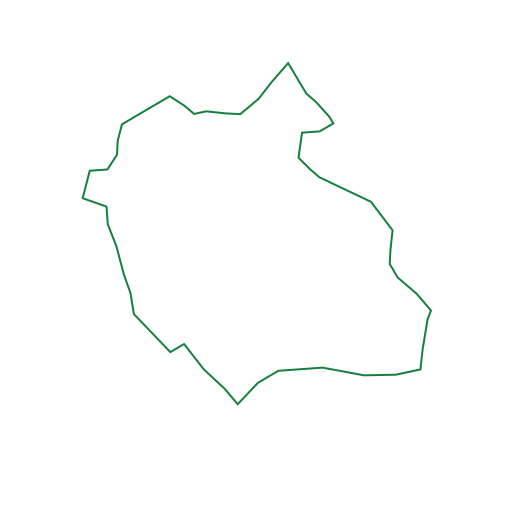 outline of Sinchon, Hwanghae-namdo, North Korea, rotated 59°
{"feature_id": "82179303B96637573116833", "entity_name": "Sinchon", "entity_type": "district", "adm_level": 2, "iso_a3": "PRK", "parent_name": "North Korea", "parent_adm1": "Hwanghae-namdo", "projection": "robinson", "projection_center": [125.442, 38.3], "detail": "fine", "context": "isolated", "style": "outline", "palette": "green", "viewbox_px": 512, "rotation_deg": 59, "n_neighbors": 0, "source": "geoboundaries", "source_scale": "gbopen_adm2", "svg_char_len": 841}
<svg xmlns="http://www.w3.org/2000/svg" viewBox="0 0 512 512"><g transform="rotate(59 256 256)"><path d="M107.2,129.1L114.9,152.9L122.6,172.7L126.3,196.4L118.3,208.3L106.4,224.1L102.3,235.9L90.4,239.9L74.6,247.7L74.4,267.5L74.2,287.3L74.1,303.1L85.8,315.0L97.6,323.0L105.3,338.8L97.3,354.6L117.2,374.8L136.7,358.7L152.4,366.7L176.0,370.7L203.5,378.7L223.2,382.7L242.9,390.6L294.3,378.9L294.4,363.0L326.0,359.2L353.6,351.3L373.6,348.0L365.7,319.7L365.9,296.0L386.0,256.4L413.9,224.9L429.8,197.2L437.9,173.5L422.3,161.6L398.8,141.7L392.8,134.1L371.2,137.7L347.5,145.6L331.7,145.5L320.0,137.6L304.3,125.7L268.8,129.5L245.0,145.3L233.1,153.2L221.2,161.1L209.4,165.0L193.6,168.9L174.0,153.0L182.0,137.2L182.2,121.4L174.3,121.4L154.6,125.3L142.7,129.2L126.9,129.2L115.1,129.1L107.2,129.1Z" fill="none" stroke="#15803d" stroke-width="2"/></g></svg>